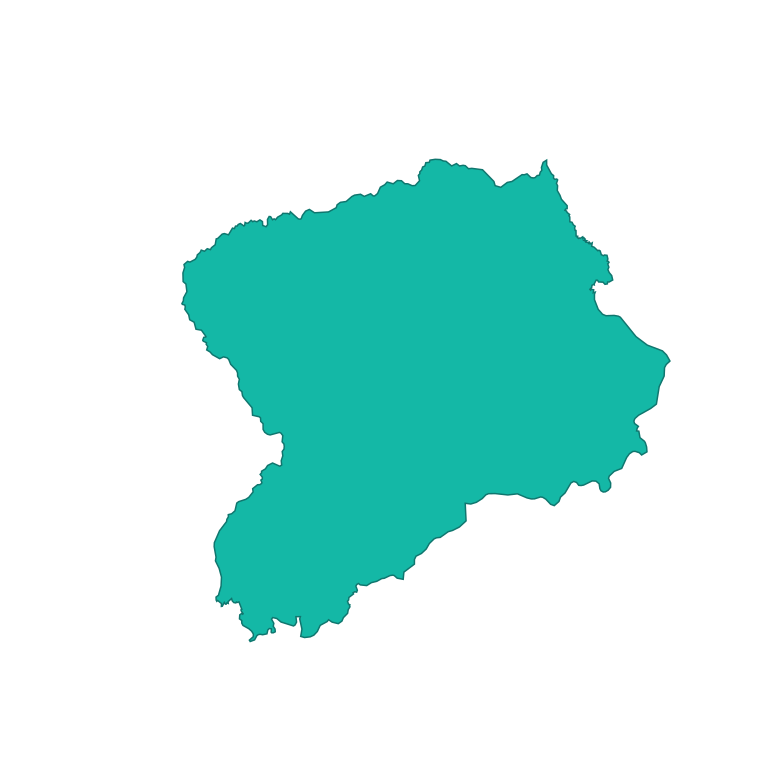 Phu Phiang, Nan, Thailand (Mercator projection), rotated 235°
{"feature_id": "78962969B69096812257828", "entity_name": "Phu Phiang", "entity_type": "district", "adm_level": 2, "iso_a3": "THA", "parent_name": "Thailand", "parent_adm1": "Nan", "projection": "mercator", "projection_center": [100.851, 18.8], "detail": "fine", "context": "isolated", "style": "filled", "palette": "teal", "viewbox_px": 768, "rotation_deg": 235, "n_neighbors": 0, "source": "geoboundaries", "source_scale": "gbopen_adm2", "svg_char_len": 6171}
<svg xmlns="http://www.w3.org/2000/svg" viewBox="0 0 768 768"><g transform="rotate(235 384 384)"><path d="M596.6,288.7L593.8,287.5L590.3,283.0L583.1,278.2L579.5,279.1L572.7,275.5L569.6,269.3L567.1,267.2L565.8,264.6L564.9,264.5L563.0,266.1L561.2,265.5L559.4,263.7L552.7,263.7L548.1,261.7L543.5,263.9L536.7,261.4L532.8,265.3L525.1,265.4L524.7,265.0L525.6,263.1L523.8,260.6L522.8,260.5L519.6,262.3L518.5,261.1L515.9,261.2L513.6,258.3L510.0,259.9L506.4,260.3L499.0,263.9L498.3,268.1L495.4,270.5L493.2,270.9L488.0,269.7L479.8,271.0L477.1,270.4L474.4,268.6L470.8,268.2L467.5,264.7L462.4,262.3L459.3,263.2L455.6,261.4L453.2,261.2L440.2,262.3L433.8,258.4L428.6,263.1L427.1,263.4L424.1,261.6L420.9,262.2L416.1,258.9L412.9,258.6L409.7,259.7L407.6,261.5L404.3,270.6L402.9,271.4L399.8,271.5L395.1,267.4L392.2,267.6L390.1,266.5L388.0,264.7L387.1,261.9L383.2,259.9L380.1,255.8L376.3,253.7L376.4,251.5L383.2,247.4L384.0,241.9L382.5,238.2L382.8,233.7L381.4,232.7L381.0,230.7L377.5,230.9L375.9,229.7L375.9,228.0L373.4,227.5L372.8,226.8L372.7,224.7L374.0,222.6L373.6,216.4L370.7,214.9L368.7,208.2L368.8,204.6L371.0,197.5L370.9,195.1L365.6,189.2L365.1,184.8L366.3,181.5L364.4,180.3L363.3,177.7L361.6,176.1L358.1,165.1L351.3,154.0L348.2,151.6L338.5,147.1L335.8,144.5L327.5,143.2L319.0,140.1L311.9,134.6L305.9,127.2L305.8,124.2L303.3,122.6L301.9,122.4L302.1,123.6L297.4,124.9L295.1,123.2L294.7,124.1L296.7,127.9L294.7,127.8L294.2,128.5L294.8,129.8L293.6,130.6L295.1,131.4L295.7,136.1L293.5,135.3L291.1,135.6L289.7,137.0L290.1,138.0L289.3,138.3L288.7,140.2L281.0,138.3L281.2,137.6L280.3,136.9L276.6,136.8L276.5,136.2L277.7,135.9L277.6,133.4L274.5,130.9L271.9,131.8L269.6,130.3L267.1,130.0L261.1,132.9L257.4,133.8L254.2,133.6L252.0,132.0L251.4,126.8L249.8,126.7L248.6,131.2L250.8,135.6L250.8,137.2L250.1,138.9L248.2,140.8L246.5,144.8L249.2,147.8L249.5,149.8L248.0,151.3L245.4,149.2L244.6,149.3L243.7,150.6L243.4,152.8L245.8,154.2L249.0,154.3L251.2,156.5L255.9,157.0L256.5,158.9L253.4,161.7L248.1,163.1L237.7,171.1L237.6,172.9L239.1,175.8L243.9,178.4L241.4,182.1L239.9,180.2L230.3,176.2L225.0,171.0L221.9,173.5L219.2,178.6L218.5,182.5L219.5,187.4L222.9,193.3L222.0,201.2L222.7,203.4L218.7,204.9L213.9,209.1L213.9,213.5L215.9,216.7L217.0,222.6L219.7,225.3L221.0,228.3L222.3,228.6L222.6,229.4L224.2,228.7L227.0,229.5L227.4,231.2L229.3,232.8L229.5,238.6L230.7,238.8L230.6,240.9L229.2,242.2L230.4,243.9L234.6,245.0L235.4,246.8L235.2,248.7L233.1,249.3L228.8,254.2L228.5,259.8L226.5,264.9L225.9,270.6L224.7,272.8L223.6,279.1L222.4,281.5L221.3,282.5L217.4,283.4L213.0,287.7L218.5,292.4L219.0,305.6L222.8,308.3L224.6,311.5L223.7,317.5L224.6,323.9L227.3,329.6L228.4,336.2L227.9,338.8L226.1,342.1L226.2,351.8L224.7,356.2L223.6,363.8L224.8,372.7L239.7,382.1L235.9,386.3L234.1,391.8L233.8,398.8L234.8,403.9L234.2,406.7L230.5,412.2L222.1,421.8L217.5,430.3L208.7,435.8L205.4,438.7L203.6,441.4L201.7,447.4L200.2,449.0L196.8,450.5L189.9,451.5L186.7,453.7L187.4,459.9L190.1,463.7L190.9,469.8L195.7,480.3L195.4,483.5L192.9,485.3L189.3,485.4L187.8,487.2L186.7,489.6L185.2,498.9L182.9,501.9L178.9,503.0L174.4,500.8L172.1,500.5L169.8,501.6L168.7,503.5L168.4,506.7L169.4,510.3L172.9,512.9L177.9,513.8L179.4,515.7L180.4,522.5L178.5,530.3L184.6,540.6L186.1,545.0L186.0,549.1L184.8,551.1L181.2,553.8L178.1,554.3L177.6,560.5L181.8,563.0L185.8,564.3L187.7,564.5L193.2,562.9L199.2,565.7L200.7,564.0L202.6,566.1L203.4,568.1L207.9,566.6L210.3,567.4L211.8,569.7L212.4,574.6L211.0,588.6L211.3,595.6L224.0,607.9L229.8,618.0L236.5,623.2L238.1,626.4L238.8,631.4L245.7,632.1L251.4,631.1L264.8,622.0L278.3,617.6L303.1,615.9L305.1,614.9L308.2,611.8L312.6,605.0L315.8,603.0L322.3,602.3L332.4,604.8L336.8,607.9L338.1,609.7L338.7,607.7L340.9,609.8L342.6,608.3L342.3,607.0L343.5,607.0L344.0,609.6L345.6,610.9L345.3,612.6L344.6,613.1L345.4,613.5L347.4,617.4L346.5,618.4L344.5,618.3L341.8,621.8L338.9,622.2L337.9,624.4L339.3,625.6L338.4,627.0L338.0,631.0L342.2,632.7L346.0,632.4L349.3,633.0L350.7,635.2L354.1,636.2L354.5,638.0L355.5,638.2L356.7,637.3L358.0,639.1L361.5,640.5L363.2,638.6L363.2,637.4L365.3,636.2L369.0,637.4L370.3,636.8L370.5,635.6L375.5,634.6L377.7,633.1L380.2,635.5L380.2,633.8L382.5,633.5L381.5,632.4L383.1,632.2L384.5,630.6L385.2,630.7L385.2,632.1L387.0,630.2L387.3,631.9L389.3,631.6L389.2,630.4L390.6,631.1L390.8,628.2L391.7,627.6L391.6,626.9L393.2,626.4L393.9,627.4L395.0,626.2L399.6,629.3L400.2,628.7L402.5,629.6L403.6,631.1L405.7,630.4L408.6,630.8L410.3,629.3L414.3,632.0L415.7,632.0L416.4,633.3L419.4,632.4L421.0,632.7L422.5,631.8L423.1,633.0L422.6,634.6L425.0,636.3L433.6,635.3L437.7,636.4L443.1,636.9L446.8,639.9L449.4,640.3L451.6,643.3L452.8,643.1L453.7,641.3L455.3,640.9L457.4,642.5L460.2,641.7L470.0,642.8L474.1,645.6L474.3,641.5L471.1,637.2L468.5,635.8L467.9,633.5L465.9,631.1L466.9,629.0L466.4,626.2L467.2,624.4L469.0,622.7L474.1,621.7L475.0,618.8L476.3,617.2L476.5,605.0L478.4,600.6L478.1,592.5L482.7,588.8L486.9,590.2L503.0,587.6L510.3,579.6L511.9,576.7L516.2,575.8L517.8,574.2L519.3,570.9L523.0,569.8L523.8,564.5L530.9,562.5L532.8,560.4L535.5,558.9L538.7,554.8L541.0,550.1L539.6,548.3L541.3,545.2L539.1,542.5L539.6,540.1L537.7,537.6L537.2,535.0L535.7,534.0L535.2,531.8L530.1,529.7L528.7,523.4L530.3,520.8L534.3,518.4L536.1,515.9L540.5,514.9L543.0,511.7L542.7,506.4L547.6,502.4L546.8,498.9L547.3,493.9L543.7,488.0L543.4,484.2L544.3,483.0L547.5,482.2L549.0,475.4L552.9,473.6L555.6,468.2L556.0,465.2L555.2,457.7L557.8,452.5L557.7,448.4L555.8,446.0L556.8,437.2L564.1,425.3L569.8,423.0L570.6,418.9L568.9,413.9L566.9,411.0L567.1,409.8L568.4,408.5L578.8,406.1L577.3,404.0L578.9,403.0L581.8,399.0L581.2,397.2L581.7,392.6L580.8,389.4L582.3,388.7L582.5,386.9L586.1,387.1L587.1,386.0L585.6,382.9L581.2,380.0L580.5,377.6L583.4,375.6L586.8,377.6L589.6,376.5L589.8,372.9L592.0,371.2L592.2,369.6L594.3,369.0L593.7,365.2L594.4,363.8L596.0,362.9L594.0,361.0L593.8,359.9L597.9,358.4L598.3,356.0L597.6,354.4L598.5,352.9L597.1,350.6L598.6,349.3L595.4,342.2L598.8,339.5L599.6,337.4L598.6,331.2L599.1,329.8L594.9,325.6L594.6,320.8L593.6,318.9L596.2,316.8L595.7,313.1L598.5,311.1L597.2,308.7L596.9,305.2L595.3,303.4L594.4,300.8L595.2,294.9L597.1,293.5L596.6,288.7Z" fill="#14b8a6" stroke="#0f766e" stroke-width="1.5"/></g></svg>